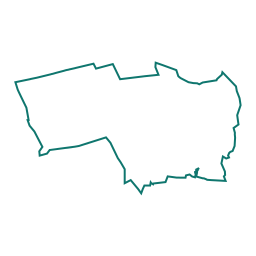 Arivechi, Sonora, Mexico
{"feature_id": "50627088B87528295570068", "entity_name": "Arivechi", "entity_type": "district", "adm_level": 2, "iso_a3": "MEX", "parent_name": "Mexico", "parent_adm1": "Sonora", "projection": "mercator", "projection_center": [-109.041, 28.858], "detail": "fine", "context": "isolated", "style": "outline", "palette": "teal", "viewbox_px": 256, "rotation_deg": 0, "n_neighbors": 0, "source": "geoboundaries", "source_scale": "gbopen_adm2", "svg_char_len": 1727}
<svg xmlns="http://www.w3.org/2000/svg" viewBox="0 0 256 256"><path d="M28.4,122.3L29.6,125.7L34.4,131.5L38.9,140.2L40.0,142.3L42.4,146.9L39.3,151.3L39.7,155.6L47.0,153.6L49.7,150.0L74.8,146.7L78.8,146.0L106.0,137.4L109.8,142.0L110.4,142.7L117.8,158.1L120.6,162.2L124.7,169.2L124.7,183.2L130.7,180.1L138.1,189.0L141.2,193.3L142.8,189.0L144.4,185.5L150.1,185.5L150.7,182.4L151.2,183.1L151.7,183.5L153.1,184.3L153.4,183.5L165.5,182.1L167.7,176.4L176.6,177.6L185.5,177.7L186.0,175.4L189.6,174.5L192.1,176.5L195.0,177.3L195.7,174.0L195.6,173.7L195.1,172.8L195.1,171.9L196.2,171.5L196.6,170.8L196.3,170.3L197.3,170.0L196.7,169.3L199.0,168.1L197.8,169.5L197.2,170.9L196.9,172.7L196.9,172.8L197.0,172.9L196.2,176.5L202.7,178.3L203.8,178.3L206.5,179.4L207.1,179.8L211.2,180.1L225.6,180.9L223.9,176.4L225.1,175.0L224.9,171.5L221.4,163.5L222.9,156.5L226.2,158.5L229.0,157.5L228.1,155.5L229.2,152.9L230.3,151.9L232.6,151.0L234.6,146.0L235.1,137.7L234.8,134.3L234.9,132.8L233.6,128.0L238.5,124.5L238.4,123.9L238.1,121.8L237.2,115.2L240.6,105.2L239.7,99.2L239.5,98.1L239.2,97.3L236.8,91.1L236.0,86.4L222.4,72.2L221.8,74.7L217.1,79.0L216.5,80.3L202.7,82.5L199.3,84.3L197.2,83.3L193.4,83.1L188.5,82.2L180.6,78.1L179.3,77.1L178.3,76.2L176.3,70.1L162.6,65.1L155.7,62.7L155.4,67.1L158.5,74.8L144.9,76.2L120.1,79.2L112.8,64.1L96.0,68.6L93.5,63.7L75.9,67.9L74.8,68.2L69.9,69.3L69.3,69.4L69.1,69.5L68.7,69.6L67.9,69.8L67.4,69.9L67.2,69.9L66.3,70.1L65.5,70.3L64.9,70.5L64.2,70.7L63.5,70.9L55.9,72.9L54.2,73.4L52.8,73.8L51.8,74.0L51.4,74.1L50.4,74.4L41.8,76.5L41.4,76.6L36.9,77.7L30.6,79.0L30.4,79.1L15.4,82.2L17.7,89.6L18.7,91.8L21.0,96.6L24.2,103.2L26.4,107.7L28.6,120.0L27.6,120.1L28.4,122.3Z" fill="none" stroke="#0f766e" stroke-width="2"/></svg>